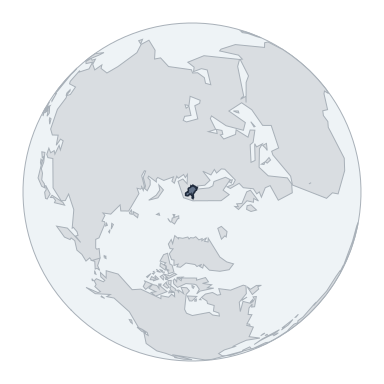 Lapland highlighted on a globe, orthographic projection, rotated 221°
{"feature_id": "FIN-3176", "entity_name": "Lapland", "entity_type": "Province", "adm_level": 1, "iso_a3": "FIN", "parent_name": "Finland", "parent_adm1": "", "projection": "orthographic", "projection_center": [25.412, 67.834], "detail": "fine", "context": "on_globe", "style": "filled", "palette": "slate", "viewbox_px": 384, "rotation_deg": 221, "n_neighbors": 0, "source": "natural_earth", "source_scale": "10m", "svg_char_len": 13220}
<svg xmlns="http://www.w3.org/2000/svg" viewBox="0 0 384 384"><g transform="rotate(221 192 192)"><circle cx="192" cy="192" r="169" fill="#eef3f6" stroke="#a8b0b8"/><path d="M27.9,151.6L29.5,146.4L30.8,142.2L31.1,140.4L36.7,125.6L40.5,118.1L67.2,78.7L72.0,73.9L75.2,71.8L100.1,56.3L81.9,65.5L88.5,60.4L96.8,55.5L95.8,56.9L106.2,52.9L114.3,49.0L127.2,47.6L135.8,54.1L131.0,55.0L133.7,56.6L139.9,55.6L143.3,54.6L160.7,60.5L181.3,60.8L187.7,57.1L186.4,61.1L198.3,51.8L209.4,50.5L197.0,54.4L195.7,56.7L203.3,56.9L203.7,59.3L207.5,60.8L207.3,63.8L200.0,66.1L199.8,68.1L205.1,68.1L208.3,71.2L200.4,70.8L205.1,76.3L193.9,81.6L173.1,79.0L166.9,85.1L145.5,91.1L147.4,93.4L140.6,97.3L140.3,101.5L136.4,101.6L139.5,104.8L143.1,103.9L145.7,105.1L145.9,107.5L141.0,108.0L140.2,106.9L138.8,108.3L136.3,107.6L137.6,109.3L131.6,109.8L137.7,112.9L133.1,116.3L129.1,115.7L129.3,111.0L120.6,98.6L116.6,96.9L110.7,99.0L100.0,112.5L95.7,112.7L89.9,116.4L92.3,118.3L97.7,116.2L100.8,120.9L107.1,118.0L109.2,119.5L115.7,118.6L114.9,123.8L110.6,129.6L105.2,130.8L103.1,133.4L108.4,136.6L98.5,143.2L92.2,155.3L89.6,156.5L84.3,150.9L84.0,139.8L77.1,133.4L81.7,142.9L75.1,146.2L74.1,149.0L74.6,152.1L77.1,152.9L74.9,155.3L69.5,146.5L71.5,144.3L73.1,147.0L72.9,141.9L69.3,136.4L66.3,138.7L64.0,128.5L61.8,130.1L60.1,128.9L63.7,127.0L57.1,130.3L54.0,120.3L44.9,126.3L53.7,115.8L56.7,109.6L59.6,102.8L58.1,103.6L64.0,94.0L65.9,87.5L61.5,88.3L55.4,94.5L49.3,104.6L49.9,105.8L46.8,113.0L43.9,112.5L37.7,126.5L35.4,129.2L32.9,135.3L31.1,141.5L28.8,149.6L28.9,152.2L28.3,159.2L26.4,162.8L27.6,164.3L26.2,170.6L26.2,187.4L25.7,186.9L25.4,205.5L28.0,223.2L28.6,229.5L28.0,229.3L29.6,235.3L29.6,236.5L38.6,260.3L45.4,274.4L46.7,278.0L45.3,275.9L39.4,264.5L34.3,252.7L30.2,240.5L26.9,228.1L24.7,215.4L23.4,202.6L23.1,189.8L23.7,176.9L25.3,164.2L27.9,151.6ZM42.6,127.2L35.7,145.4L37.3,136.8L37.4,138.0L39.7,133.0L43.0,124.7L45.0,117.7L42.6,127.2ZM206.1,23.6L205.0,23.5L206.1,23.6ZM44.9,131.4L45.9,128.6L45.3,131.2L44.9,131.4ZM144.8,53.9L139.9,55.4L134.2,55.5L138.2,53.9L144.8,53.9ZM155.7,54.6L153.6,55.8L150.8,53.6L152.9,53.5L155.7,54.6ZM192.1,54.1L188.1,54.4L191.9,53.3L192.1,54.1ZM208.1,60.5L209.1,59.7L210.7,60.9L208.1,60.5ZM115.7,115.7L115.7,117.1L114.5,116.6L115.7,115.7ZM118.5,114.1L117.2,112.5L118.3,111.4L119.1,112.4L118.5,114.1ZM211.8,66.5L214.0,68.8L210.5,66.9L211.8,66.5ZM119.9,116.3L120.5,109.8L122.5,108.1L127.3,110.5L119.9,116.3ZM214.5,70.3L219.9,75.9L222.7,74.5L218.0,81.8L214.9,74.5L210.2,72.3L213.6,72.1L214.5,70.3ZM144.2,102.6L140.4,103.7L143.4,100.6L144.2,102.6ZM145.5,100.4L151.2,89.6L157.0,89.4L153.9,93.0L161.2,91.1L161.2,96.2L157.2,98.4L153.5,97.5L156.3,100.2L145.5,100.4ZM214.6,85.0L214.8,86.8L213.2,85.4L214.6,85.0ZM147.0,105.3L147.6,103.1L152.6,102.7L152.3,107.1L150.8,105.8L147.0,105.3ZM163.1,88.1L166.8,88.7L167.8,93.0L169.4,93.8L161.7,96.3L163.1,88.1ZM149.7,107.1L152.0,109.3L149.7,111.7L146.7,107.5L149.7,107.1ZM154.1,100.8L156.5,100.9L155.0,102.3L154.1,100.8ZM143.1,121.8L143.8,119.0L146.5,118.5L143.1,121.8ZM153.0,110.0L153.7,109.2L154.8,108.7L155.8,110.7L153.0,110.0ZM163.0,99.3L162.6,101.0L166.1,98.4L167.0,101.7L161.8,102.8L164.4,103.7L164.7,104.7L160.1,104.5L163.0,99.3ZM160.2,111.3L153.8,114.1L152.0,119.2L149.6,119.7L152.9,111.4L160.2,111.3ZM160.5,107.3L159.8,109.9L157.1,109.2L156.0,106.9L160.5,107.3ZM169.5,103.5L169.5,98.2L170.7,98.2L169.5,103.5ZM160.2,113.0L161.8,112.3L160.4,113.4L160.2,113.0ZM167.3,106.5L167.1,104.7L168.4,104.6L167.3,106.5ZM165.0,112.5L162.9,113.4L162.1,111.9L165.0,112.5ZM166.4,109.9L168.3,110.3L163.0,110.8L166.2,109.1L166.4,109.9ZM168.5,106.8L169.3,106.2L168.4,107.6L168.5,106.8ZM169.3,117.9L162.9,118.9L161.0,115.5L167.5,115.0L169.3,117.9ZM159.1,357.7L153.5,355.9L158.3,355.1L156.8,352.7L143.7,343.1L146.6,339.1L143.0,335.9L135.7,334.3L131.6,330.2L127.1,328.5L99.3,317.4L90.8,308.3L80.5,286.4L85.5,283.5L86.3,275.5L120.7,263.2L128.0,268.7L155.2,273.0L158.6,275.0L155.5,282.1L175.9,294.2L182.4,288.6L200.9,293.3L213.1,291.9L217.3,277.3L197.3,279.4L193.7,272.3L209.7,264.4L227.2,262.2L226.3,259.4L215.2,254.8L219.2,248.3L211.4,252.6L214.6,255.3L209.8,258.1L206.6,255.8L208.1,253.6L202.8,252.8L196.9,264.0L199.5,267.9L185.7,270.1L188.8,276.9L185.1,279.9L178.5,269.6L179.1,265.8L166.9,253.1L165.1,257.2L176.4,269.6L172.9,268.4L170.5,274.5L169.5,268.9L157.6,254.7L145.1,254.2L129.3,265.2L122.0,263.4L115.8,257.2L121.5,242.4L137.2,248.1L139.5,243.3L136.2,233.6L141.3,236.2L141.9,233.1L147.8,234.7L156.1,228.9L162.1,229.5L165.4,219.8L168.9,218.9L166.0,224.8L167.2,229.5L182.2,230.7L185.0,228.7L185.9,222.4L189.9,223.7L188.9,217.3L197.5,214.8L186.1,212.7L186.8,205.5L192.0,200.0L190.2,197.4L181.8,206.3L180.3,210.3L182.3,214.3L176.4,225.1L171.3,226.4L169.7,213.8L162.2,214.4L164.3,204.6L185.7,185.8L194.6,182.1L209.5,190.9L207.4,195.8L201.1,195.0L207.0,202.3L206.5,198.5L209.8,199.7L211.4,193.4L213.8,193.9L211.1,187.0L214.3,187.0L215.9,191.3L220.9,182.2L227.4,180.5L227.4,178.2L225.5,176.2L235.1,175.5L234.6,173.8L231.3,173.4L228.2,169.9L226.6,163.6L230.0,163.6L231.0,166.0L238.4,171.1L240.7,177.4L241.9,176.8L240.7,171.3L231.8,165.1L229.8,161.2L234.4,163.5L232.6,162.4L232.6,160.5L235.9,158.8L231.0,156.0L227.3,136.1L233.3,131.0L237.8,135.1L238.8,122.0L245.5,117.7L242.4,117.3L240.8,111.0L238.7,112.2L237.1,111.5L232.1,96.4L233.6,93.1L227.9,86.5L226.4,86.3L225.0,88.4L218.0,81.8L222.7,74.5L226.0,75.2L226.7,70.3L234.2,72.7L240.7,72.6L248.6,78.4L253.1,78.0L252.8,76.1L258.7,74.3L271.8,77.4L262.4,83.0L243.0,80.9L251.0,82.4L249.6,84.5L252.7,86.6L258.3,87.5L258.7,86.1L269.6,101.1L283.8,109.5L282.0,102.4L285.0,99.6L299.6,104.0L319.0,126.0L323.3,123.4L326.3,125.1L328.8,131.2L324.4,128.9L323.2,132.8L320.3,130.6L322.9,140.0L318.9,137.4L322.8,146.1L325.9,145.7L325.1,138.2L330.3,147.1L334.8,143.4L340.0,146.8L347.8,166.1L348.8,180.5L349.8,182.5L347.8,185.8L348.8,194.8L355.4,193.3L356.5,195.7L356.4,210.0L355.7,208.7L350.5,217.4L352.2,224.8L356.2,219.4L357.7,220.9L355.7,226.8L353.9,225.9L352.0,228.9L350.7,223.3L345.5,220.3L343.4,228.8L341.7,225.6L334.3,226.0L330.2,238.0L325.0,261.0L327.2,270.0L324.1,278.3L312.9,274.8L307.5,267.8L303.7,272.6L292.0,271.3L272.6,283.9L269.6,282.2L266.0,285.7L257.7,286.4L253.1,282.9L248.2,285.3L260.6,294.1L265.8,291.3L269.8,283.9L272.3,287.6L280.3,287.2L272.4,302.7L243.1,323.2L239.9,316.7L215.9,298.3L216.4,295.2L216.3,294.9L216.0,294.4L214.1,299.5L209.9,295.0L223.1,310.3L225.5,316.7L242.7,323.7L241.2,325.3L246.7,325.8L263.7,316.6L263.8,318.9L256.0,331.7L232.1,348.7L235.1,352.3L233.1,355.1L217.9,358.8L218.4,358.9L206.6,360.3L194.6,360.9L182.7,360.7L170.8,359.6L159.1,357.7ZM109.1,274.8L108.2,277.2L109.1,274.8ZM246.0,266.6L256.2,263.0L251.0,255.2L254.5,253.3L251.4,251.4L250.6,254.7L243.0,249.1L247.2,244.3L245.6,240.3L242.1,241.3L235.6,251.0L246.5,259.0L244.4,263.9L246.0,266.6ZM26.2,187.9L26.0,190.6L25.8,187.9L26.2,187.9ZM36.2,136.8L35.4,140.2L34.5,142.4L34.9,140.1L36.2,136.8ZM31.9,165.2L31.5,169.5L31.4,165.6L31.9,165.2ZM34.9,148.3L32.2,162.0L32.1,155.0L34.0,146.5L33.4,151.6L34.9,148.3ZM42.8,131.5L42.0,133.8L41.4,133.7L42.8,131.5ZM44.4,133.4L44.6,132.6L45.5,131.2L44.4,133.4ZM75.5,146.7L75.8,147.5L75.7,150.6L74.6,149.4L75.5,146.7ZM82.1,163.7L78.4,167.1L80.2,163.7L78.0,162.5L79.2,154.2L88.3,156.7L84.0,157.0L82.1,163.7ZM83.3,143.9L81.5,148.8L83.1,143.4L83.3,143.9ZM139.4,214.7L141.4,217.8L139.1,221.0L131.5,220.7L134.7,216.0L139.4,214.7ZM144.8,221.4L145.4,209.3L150.2,209.2L147.4,211.3L150.5,212.4L146.8,216.1L150.8,228.0L149.1,231.7L135.9,228.8L141.2,227.6L138.9,224.6L144.8,221.4ZM138.4,180.5L138.8,175.7L148.7,181.5L147.3,185.3L139.6,185.1L136.7,180.5L138.4,180.5ZM128.3,122.1L127.8,120.2L129.1,120.0L130.7,121.4L128.3,122.1ZM143.2,120.5L132.0,130.1L130.8,128.4L125.7,136.3L120.6,135.0L124.1,129.9L116.3,134.9L117.5,129.8L112.5,133.7L120.9,122.5L121.6,118.2L122.7,123.4L127.4,124.7L129.6,124.0L136.5,118.9L140.3,110.5L145.5,110.7L148.2,113.0L148.1,115.0L144.7,114.2L147.0,117.5L142.0,117.9L143.2,120.5ZM176.5,142.5L172.7,140.3L176.4,147.8L171.5,147.9L172.2,148.8L168.6,151.0L165.6,155.3L163.4,154.6L163.2,156.6L160.8,158.2L159.8,160.7L155.4,160.4L153.8,163.5L152.6,161.7L151.0,167.1L150.2,163.0L147.1,164.8L149.5,167.8L128.3,161.2L120.0,162.0L113.5,165.0L113.0,157.7L118.9,150.5L127.6,144.4L135.7,144.9L134.0,141.6L137.4,140.9L137.3,143.8L139.4,139.0L142.2,139.2L150.0,134.4L151.4,127.6L154.3,125.7L155.1,128.5L157.4,124.7L160.9,128.8L163.1,127.6L168.6,130.5L169.0,136.7L171.4,134.9L175.7,137.2L176.5,142.5ZM170.8,118.9L172.3,126.1L170.3,129.7L161.4,123.2L159.0,123.7L153.2,119.8L156.2,114.6L157.5,116.2L159.6,116.5L157.8,118.0L160.7,117.0L162.7,119.2L165.5,119.1L165.3,121.4L170.8,118.9ZM162.5,272.7L165.1,273.4L169.2,273.6L167.7,277.5L162.5,272.7ZM154.2,263.1L156.5,263.0L156.5,268.5L153.7,267.7L154.2,263.1ZM157.9,258.5L156.7,262.6L155.7,260.0L157.9,258.5ZM168.2,224.5L170.7,224.1L171.0,225.6L169.6,227.7L168.2,224.5ZM186.4,165.3L184.5,163.3L185.3,162.4L184.2,156.4L187.7,156.0L189.8,159.3L186.4,165.3ZM213.9,280.3L210.3,283.5L208.5,282.4L210.1,281.5L213.9,280.3ZM187.9,281.8L193.8,283.6L187.4,282.8L187.9,281.8ZM190.1,163.7L189.2,161.3L191.6,162.6L190.1,163.7ZM190.3,155.3L193.0,156.2L188.0,155.2L190.3,155.3ZM240.8,353.8L244.9,351.8L254.0,348.2L258.6,345.3L261.1,345.5L254.5,349.0L240.8,353.8ZM357.1,228.0L355.7,233.0L349.9,239.5L352.1,234.1L357.5,223.3L357.3,225.3L358.5,220.7L358.3,221.7L357.1,228.0ZM360.1,209.3L359.9,209.1L360.0,205.4L360.4,201.5L359.7,179.7L359.8,175.7L360.6,183.2L360.6,181.6L360.9,195.5L360.1,209.3ZM327.9,270.1L331.5,271.2L329.5,274.8L327.9,270.1ZM357.6,168.8L359.1,178.0L357.2,168.5L357.6,168.8ZM355.5,161.9L356.3,162.9L355.7,164.1L355.5,161.9ZM351.4,184.7L351.1,189.2L350.3,188.3L350.2,182.0L351.4,184.7ZM343.9,149.8L347.0,152.8L348.0,154.7L346.4,154.8L343.9,149.8ZM219.3,157.4L216.9,166.1L217.6,172.3L221.7,175.6L214.9,174.8L213.9,165.2L219.3,157.4ZM226.0,138.7L222.4,136.0L224.6,134.8L225.7,135.3L226.0,138.7ZM223.4,138.7L217.9,139.9L216.2,136.9L220.9,136.6L223.4,138.7ZM204.0,151.8L203.1,154.4L201.2,153.2L204.0,151.8ZM357.6,158.8L357.7,161.2L358.6,166.4L356.0,154.4L356.5,154.1L357.6,158.8ZM356.4,157.7L357.3,162.5L355.8,156.5L356.4,157.7ZM357.1,162.8L356.3,161.6L356.0,158.6L357.1,162.8ZM356.1,155.7L354.5,152.1L355.1,152.1L356.1,155.7ZM354.2,159.3L355.0,155.1L355.4,162.9L351.5,158.0L351.1,154.1L354.2,159.3ZM327.5,117.7L325.5,117.3L324.0,113.6L325.8,114.9L327.5,117.7ZM317.4,101.6L323.0,112.5L327.1,121.6L327.6,119.7L331.7,123.8L329.0,125.4L323.5,117.3L321.0,110.8L317.2,108.1L313.3,102.5L308.8,101.3L306.0,98.5L309.2,97.7L317.4,101.6ZM307.0,101.1L297.8,97.5L296.7,91.7L298.4,91.1L303.1,95.2L303.5,98.0L307.0,101.1ZM295.3,95.0L295.5,97.7L282.5,99.5L279.5,98.5L288.8,93.7L289.5,96.1L292.9,96.8L295.3,95.0ZM216.6,86.4L215.0,86.7L215.8,85.4L216.6,86.4ZM236.0,112.4L234.0,111.3L235.0,109.6L236.0,112.4ZM228.9,107.3L229.2,109.9L227.5,107.1L228.9,107.3ZM230.0,115.9L228.6,111.0L232.0,115.7L230.0,115.9Z" fill="#d9dde1" stroke="#a8b0b8" stroke-width="1"/><path d="M194.5,185.3L194.6,185.5L194.8,185.9L195.0,186.0L195.8,186.5L196.1,187.1L196.0,187.3L195.6,187.8L195.6,188.1L195.7,188.4L195.6,188.5L195.2,188.8L195.4,188.8L195.5,188.9L195.6,189.2L195.5,189.3L195.3,189.8L195.3,190.0L195.6,190.8L196.3,191.1L196.7,191.9L196.8,192.0L197.1,192.2L197.1,192.3L197.1,192.6L197.1,192.8L196.7,193.4L196.7,193.5L196.2,194.4L196.2,194.6L196.3,194.8L196.6,195.3L196.7,195.5L196.8,195.8L196.9,196.0L196.6,196.0L196.4,196.0L195.9,195.9L195.8,196.0L195.7,196.2L195.7,196.3L195.7,196.5L195.8,196.5L196.0,196.6L196.0,196.8L195.9,196.8L195.8,197.0L196.0,197.2L196.0,197.3L195.9,197.3L195.6,197.4L195.7,197.6L195.7,197.8L195.4,197.9L194.8,197.9L194.8,197.7L194.7,197.6L194.4,197.5L194.1,198.0L193.7,198.3L192.9,198.2L192.9,197.9L192.6,198.1L192.4,198.2L192.1,198.1L191.7,198.4L191.6,198.6L191.4,198.5L191.4,198.4L191.2,198.4L191.1,198.5L191.1,198.4L191.0,198.2L191.1,197.8L191.1,197.7L191.0,197.8L191.0,198.0L190.9,198.0L190.7,198.0L190.6,197.9L190.6,198.0L190.5,197.9L190.4,197.8L190.4,197.7L190.4,197.4L190.3,197.2L190.2,196.9L190.0,196.6L189.9,196.5L189.9,196.4L189.9,196.2L190.0,196.0L190.0,195.9L190.2,195.7L190.2,195.4L190.2,195.2L190.3,195.1L190.3,194.8L190.2,194.7L190.1,194.4L190.0,194.1L189.9,194.0L189.9,193.9L189.9,193.7L190.0,193.6L190.2,193.4L190.1,193.2L189.9,193.1L189.8,192.9L189.9,192.7L189.9,192.3L189.9,192.1L189.8,191.9L190.0,191.8L190.0,191.7L189.9,191.4L189.7,191.1L189.5,190.9L189.5,190.7L189.4,190.6L189.2,190.4L189.0,190.2L188.9,190.2L188.7,190.1L188.4,190.0L188.4,189.9L188.2,189.7L187.9,189.4L187.7,189.2L187.5,188.9L187.4,188.8L187.2,188.7L187.3,188.5L187.2,188.4L187.1,188.1L187.4,188.3L187.5,188.3L187.5,188.1L187.4,187.9L187.5,187.7L188.1,187.6L188.4,188.4L188.6,188.6L188.7,188.9L188.7,189.0L188.8,189.0L188.8,189.3L189.0,189.3L189.3,189.5L189.4,189.4L189.5,189.5L189.9,189.5L190.1,189.4L190.3,189.1L190.6,189.2L190.7,189.3L190.8,189.4L191.2,189.5L191.3,189.6L191.4,189.8L191.5,189.9L191.5,189.7L191.7,189.3L191.7,189.2L191.8,189.1L192.0,188.9L192.3,188.9L192.3,188.7L192.4,188.4L192.4,188.2L192.3,187.9L192.4,187.7L192.5,187.5L192.4,187.3L192.5,187.3L192.5,187.2L192.6,186.9L192.6,186.7L192.8,186.4L192.9,186.2L193.0,186.1L193.1,185.9L193.3,185.8L193.5,185.8L193.9,185.8L194.0,185.7L193.9,185.7L194.0,185.7L194.2,185.4L194.3,185.4L194.5,185.3Z" fill="#64748b" stroke="#1e293b" stroke-width="1.5"/></g></svg>